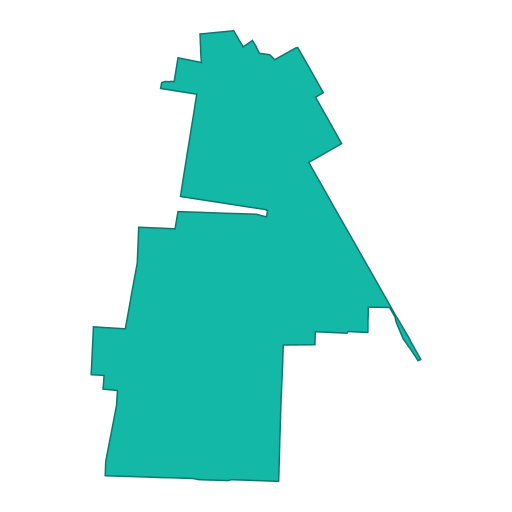 the district of Movila, Ialomita, Romania
{"feature_id": "2599482B79833469589356", "entity_name": "Movila", "entity_type": "district", "adm_level": 2, "iso_a3": "ROU", "parent_name": "Romania", "parent_adm1": "Ialomita", "projection": "mercator", "projection_center": [27.715, 44.486], "detail": "fine", "context": "isolated", "style": "filled", "palette": "teal", "viewbox_px": 512, "rotation_deg": 0, "n_neighbors": 0, "source": "geoboundaries", "source_scale": "gbopen_adm2", "svg_char_len": 3031}
<svg xmlns="http://www.w3.org/2000/svg" viewBox="0 0 512 512"><path d="M420.8,359.4L419.6,357.4L417.6,353.7L416.3,351.4L415.6,350.2L414.9,349.1L413.7,346.7L412.0,343.8L411.2,342.4L410.5,340.9L409.3,338.4L408.3,336.6L406.9,334.5L404.8,330.9L403.9,329.3L400.4,323.3L398.3,319.7L396.4,316.8L392.4,309.7L388.3,302.4L385.9,298.1L385.0,296.6L382.5,292.3L380.2,288.2L377.4,283.3L374.8,278.7L371.7,273.2L368.8,268.1L367.1,265.2L365.3,262.0L362.0,256.2L360.3,253.2L347.2,230.1L334.3,207.6L320.7,183.4L315.8,174.9L308.8,162.4L323.5,154.0L341.6,143.6L327.3,118.0L316.9,99.6L315.4,97.3L318.5,95.5L323.3,92.7L310.6,70.1L297.7,47.5L296.9,47.8L296.0,47.8L274.7,59.7L269.9,54.9L269.6,54.7L259.4,53.3L256.5,47.6L256.5,47.1L252.4,40.5L248.7,43.1L243.2,46.8L243.2,46.7L239.5,40.8L235.7,34.2L233.7,30.7L233.5,30.8L200.0,34.0L200.3,40.2L200.3,42.7L200.6,47.1L200.6,50.2L200.9,56.0L201.1,58.7L201.5,62.5L178.0,57.8L177.9,58.4L174.3,80.6L174.1,81.7L170.7,81.3L169.7,81.7L166.1,81.5L165.6,81.4L161.8,82.5L161.6,82.8L160.6,88.5L196.7,94.2L193.5,114.9L191.1,129.5L188.8,144.2L188.7,144.4L187.9,149.3L187.1,154.1L186.6,157.6L184.4,171.3L182.4,183.9L180.5,196.5L203.9,200.1L227.4,203.7L227.7,203.7L228.0,203.8L247.1,206.8L258.0,208.4L266.2,209.7L266.2,209.9L266.3,210.2L266.5,210.3L267.0,210.4L267.5,210.5L267.0,213.7L266.5,216.9L261.4,215.6L256.2,214.2L241.2,213.7L226.2,213.3L202.1,212.4L178.0,211.6L176.5,220.2L175.1,228.8L156.9,228.0L138.7,227.2L138.7,227.3L138.0,244.7L137.3,262.1L137.2,263.4L135.2,274.3L132.1,290.9L128.5,311.3L126.9,320.1L125.3,328.8L115.3,328.2L105.3,327.6L99.3,327.2L93.4,326.8L93.3,328.9L93.2,332.4L92.7,343.0L92.4,348.7L91.8,361.8L91.5,368.3L91.2,372.6L91.2,374.7L99.0,375.1L104.0,375.4L103.9,378.3L103.7,381.2L103.6,382.2L103.1,389.1L110.3,389.8L117.5,390.5L116.7,402.2L116.6,405.0L115.3,411.7L113.7,420.2L111.5,431.6L110.1,438.6L108.8,445.6L106.5,457.2L105.7,461.8L105.7,462.1L105.2,475.7L109.3,475.9L110.6,475.9L115.9,476.1L118.9,476.2L125.2,476.4L133.8,476.6L136.5,476.7L139.2,476.8L161.2,477.6L176.1,477.9L183.6,478.2L190.0,478.4L192.0,478.5L192.6,478.5L193.5,478.6L194.1,478.7L195.0,478.9L196.7,479.2L197.7,479.5L199.0,479.6L202.6,479.8L208.9,480.0L214.1,480.1L218.0,480.3L221.9,480.4L225.1,480.5L227.8,480.6L228.4,480.5L230.6,479.9L231.4,479.7L231.9,479.7L232.5,479.7L234.8,479.8L240.8,480.0L249.7,480.3L254.5,480.5L261.4,480.7L268.3,481.0L274.5,481.2L277.7,481.3L278.6,481.3L279.0,471.0L279.0,468.1L279.2,463.6L279.3,459.9L279.7,444.9L279.9,436.5L280.2,429.0L280.4,421.5L280.5,418.1L280.7,411.2L281.2,396.7L281.5,391.2L281.7,385.5L282.0,378.4L282.3,373.9L282.3,373.7L282.3,373.1L282.3,372.3L282.6,366.6L282.7,362.8L282.8,356.8L283.3,345.0L308.9,344.8L314.9,344.7L315.3,331.7L346.9,333.2L348.0,331.5L367.7,332.5L367.9,332.3L368.0,320.1L368.2,315.7L368.3,307.1L389.5,307.5L394.8,316.5L395.2,317.4L395.7,320.4L396.6,323.2L400.6,332.8L403.2,338.9L406.3,343.2L407.0,344.3L407.8,345.4L409.0,347.2L409.6,347.7L412.3,351.9L415.6,356.8L418.0,360.7L420.7,359.5L420.8,359.4Z" fill="#14b8a6" stroke="#0f766e" stroke-width="1.5"/></svg>